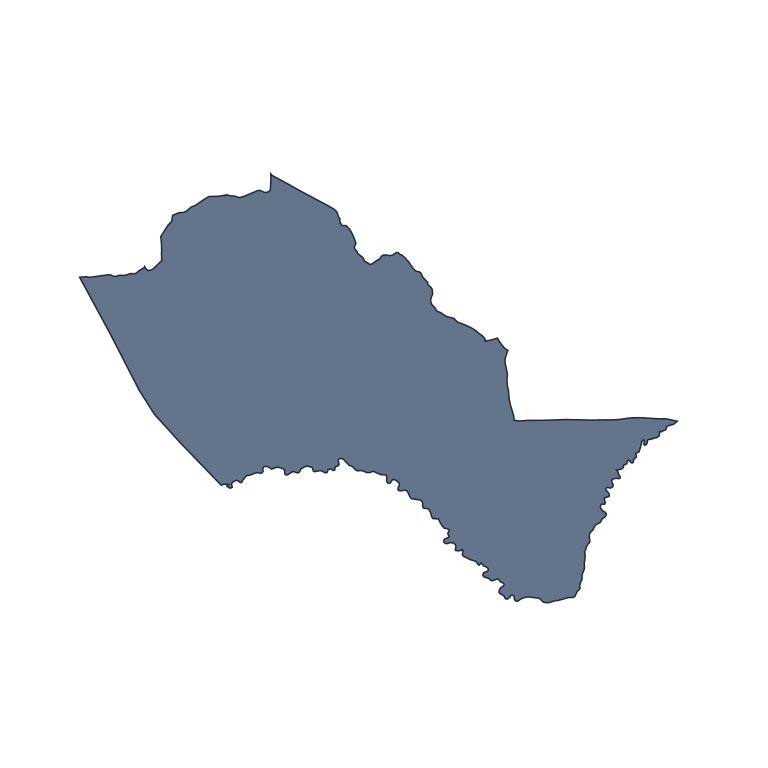 Budjala, Équateur, Democratic Republic of the Congo (Albers equal-area conic projection), rotated 47°
{"feature_id": "63176286B30356596276779", "entity_name": "Budjala", "entity_type": "district", "adm_level": 2, "iso_a3": "COD", "parent_name": "Democratic Republic of the Congo", "parent_adm1": "Équateur", "projection": "albers", "projection_center": [20.221, 2.596], "detail": "fine", "context": "isolated", "style": "filled", "palette": "slate", "viewbox_px": 768, "rotation_deg": 47, "n_neighbors": 0, "source": "geoboundaries", "source_scale": "gbopen_adm2", "svg_char_len": 6133}
<svg xmlns="http://www.w3.org/2000/svg" viewBox="0 0 768 768"><g transform="rotate(47 384 384)"><path d="M201.8,561.7L221.6,567.3L249.8,572.6L261.5,572.7L288.4,573.1L347.1,572.1L347.9,569.5L350.9,566.9L351.5,566.3L351.5,568.4L351.5,568.6L353.4,568.2L354.8,567.9L355.6,567.0L356.1,565.4L353.6,564.0L352.8,563.1L352.6,561.3L353.7,557.8L355.7,556.5L358.1,556.4L358.9,555.2L358.1,553.3L357.3,547.0L359.1,544.6L360.4,541.2L361.8,538.0L363.2,536.3L365.3,535.1L365.8,533.8L365.5,532.0L363.8,531.0L362.8,529.3L362.6,528.0L364.2,526.1L365.8,525.2L369.5,524.3L371.3,520.3L371.6,519.6L373.0,517.9L375.9,516.2L377.4,515.7L378.9,515.2L379.7,515.9L382.2,517.9L383.5,517.8L384.6,516.7L385.9,510.2L389.6,508.2L390.5,507.2L390.7,505.9L389.4,502.6L389.7,501.8L390.5,498.7L390.9,497.4L390.9,497.1L391.8,496.0L394.8,494.2L395.6,493.6L396.8,493.7L399.4,495.1L400.6,494.8L403.7,489.9L404.6,489.1L408.3,487.8L409.7,486.6L409.8,485.6L408.5,483.5L409.1,481.7L410.0,480.7L412.5,480.2L413.4,479.0L411.4,476.1L412.6,473.2L412.2,471.7L408.6,469.5L408.1,468.2L408.6,466.8L410.2,465.5L411.9,465.0L419.7,465.0L422.8,463.4L428.0,463.3L429.3,462.7L431.8,459.7L433.6,458.4L436.0,457.5L437.5,456.6L439.3,454.5L440.3,451.5L448.0,448.3L451.6,444.8L452.4,444.8L453.7,445.2L457.1,448.6L459.0,448.8L459.9,448.3L460.7,446.9L459.7,442.9L462.0,441.1L465.5,440.6L466.8,440.5L468.2,441.5L469.7,444.7L470.8,445.9L472.2,445.8L473.5,444.7L476.1,441.0L477.7,440.1L480.1,440.6L484.9,442.2L486.9,442.0L490.5,439.1L493.7,436.5L495.9,436.4L497.3,436.8L499.7,439.1L501.1,439.8L502.2,439.5L505.1,436.9L507.2,436.9L510.3,437.9L513.9,439.8L516.1,439.9L517.4,438.4L517.6,437.9L518.7,437.5L519.6,436.0L523.0,437.3L527.5,438.3L530.0,438.3L530.4,438.3L533.6,436.1L535.0,435.8L535.7,436.4L536.7,439.3L540.0,440.5L540.3,441.4L538.7,445.3L539.3,447.1L540.5,448.1L542.2,448.0L543.5,447.2L545.2,443.7L548.1,441.4L550.5,441.4L551.7,442.1L554.0,445.1L554.6,445.2L556.9,443.3L558.3,441.0L558.2,439.9L559.7,440.0L562.5,443.3L565.0,443.2L567.7,441.8L570.8,441.0L576.3,437.8L580.8,438.3L581.6,437.6L580.9,435.8L581.3,435.0L585.2,435.2L587.7,433.9L589.7,433.7L590.7,434.1L591.4,435.4L591.5,436.8L590.4,438.2L590.0,439.6L590.7,441.5L591.4,442.2L593.0,442.5L594.5,441.8L597.6,440.0L600.5,439.9L601.8,439.0L603.9,434.1L604.9,433.4L608.0,433.8L609.9,432.8L611.9,432.6L612.8,433.2L613.2,434.1L612.6,438.0L613.4,440.4L614.8,442.0L616.1,442.2L618.8,441.3L619.3,441.2L621.2,440.8L622.5,441.5L624.4,441.5L625.3,440.5L625.4,440.2L625.8,438.0L625.1,435.0L625.7,434.2L627.5,433.5L630.8,435.7L632.8,435.5L633.2,435.5L634.0,434.4L634.1,434.0L634.6,430.9L634.9,429.5L636.5,425.7L638.7,423.2L646.0,417.1L647.2,416.5L652.1,416.3L653.6,415.3L656.2,412.9L659.5,406.1L660.8,404.7L662.1,402.4L665.6,395.3L668.6,391.8L669.7,389.8L668.0,385.5L667.6,384.4L667.4,380.6L666.7,379.5L665.3,378.9L663.3,375.9L662.0,372.4L658.6,369.2L655.7,363.2L651.2,359.3L649.2,356.5L646.0,353.3L643.2,351.5L642.9,349.8L641.5,347.7L639.9,343.2L640.3,341.9L639.1,340.3L636.8,338.9L634.1,336.3L633.2,334.0L633.3,330.6L631.8,327.2L631.5,325.0L632.7,320.0L631.4,316.2L631.9,313.6L631.7,311.6L631.1,310.6L630.4,309.9L628.3,309.7L626.1,310.6L623.7,310.3L621.8,310.0L620.1,307.7L620.4,306.6L622.4,304.6L622.3,303.9L621.0,302.6L618.6,301.7L617.8,300.3L619.3,296.6L619.8,296.3L619.0,295.0L617.3,294.1L612.3,293.9L611.7,292.5L612.1,291.3L612.4,290.7L614.6,289.5L615.2,287.1L614.2,285.0L612.0,284.7L609.6,283.1L609.7,281.2L611.3,278.4L613.2,277.1L613.9,275.7L612.9,274.4L609.8,274.0L608.1,272.9L605.4,272.6L606.6,271.3L608.4,267.5L608.3,265.8L606.8,264.3L607.9,261.0L606.4,258.5L606.5,256.8L609.7,257.0L611.0,256.4L611.3,255.3L609.8,253.3L609.3,251.3L609.7,249.6L608.6,248.3L606.7,247.7L606.4,247.1L607.2,245.3L607.5,243.5L606.1,241.2L601.9,234.3L601.5,233.1L602.0,232.1L603.1,232.3L605.4,235.2L606.5,235.2L607.2,233.5L606.9,232.2L604.8,229.4L604.9,228.5L606.7,226.4L607.5,223.9L609.2,221.3L609.7,218.0L606.6,214.7L608.3,213.7L608.6,211.4L609.6,209.6L609.3,208.3L608.1,206.5L608.5,204.4L610.9,199.9L611.3,194.9L602.7,200.8L600.9,202.3L598.8,204.8L593.3,210.2L583.7,219.2L578.2,225.2L575.3,229.1L570.9,235.4L566.5,240.9L559.9,248.0L553.3,255.4L533.2,276.1L519.2,292.3L508.5,303.8L503.3,310.3L499.3,313.5L496.0,311.0L484.9,305.5L480.6,302.8L473.7,297.5L469.4,294.9L465.3,291.7L460.9,286.9L451.1,281.0L448.2,278.4L446.6,275.6L445.0,272.7L443.9,270.4L441.9,271.1L438.7,271.4L433.7,270.9L430.8,270.5L427.8,269.7L425.0,275.4L423.7,277.6L421.7,280.8L420.9,279.7L417.5,279.2L414.5,279.3L412.6,280.0L407.9,280.4L403.5,281.5L397.4,283.8L396.0,284.5L388.9,288.0L383.6,288.1L378.3,291.6L377.4,292.0L375.0,292.9L370.3,293.9L367.1,295.5L365.4,295.5L364.1,294.9L362.5,294.7L358.5,294.9L356.5,294.0L355.3,293.3L354.2,292.4L353.2,291.0L352.5,289.6L351.9,288.1L351.0,286.7L349.5,285.6L347.5,284.1L344.8,283.7L341.5,284.2L340.4,283.5L339.4,282.8L332.7,282.8L327.7,281.3L326.4,281.5L323.5,283.5L322.1,283.9L317.4,283.7L312.0,282.7L306.4,282.6L301.5,283.0L300.3,283.9L297.3,284.1L296.3,285.2L295.6,289.6L294.2,292.1L290.6,294.8L289.2,296.7L288.8,298.5L289.6,302.6L288.8,304.6L288.0,310.8L287.0,312.8L285.0,313.1L280.4,314.5L277.7,313.2L270.4,314.2L269.1,313.4L265.1,313.3L263.4,312.0L262.0,308.6L258.1,306.8L254.5,305.5L250.6,304.3L248.7,303.8L246.8,303.6L244.9,303.6L242.4,303.6L239.7,306.5L236.2,306.2L232.9,303.5L231.0,303.4L226.2,301.1L222.5,301.2L216.1,303.1L205.7,306.7L182.8,314.5L172.3,317.8L157.5,322.8L154.6,323.6L153.1,323.5L156.3,326.3L160.1,330.1L164.6,334.8L164.7,337.7L162.6,340.6L157.9,342.6L156.6,344.0L151.2,358.6L149.3,362.3L147.0,364.1L145.2,364.7L141.3,368.3L139.0,369.4L137.4,371.4L137.6,371.9L137.0,372.2L134.5,376.2L127.4,384.3L125.9,391.9L124.7,400.3L123.1,404.2L122.8,411.0L121.6,413.9L118.9,417.0L116.5,423.5L117.6,425.1L119.6,427.6L120.3,428.3L120.5,433.5L123.9,446.7L128.1,449.9L130.6,451.9L134.4,455.3L137.8,458.7L142.1,462.3L142.4,474.5L141.5,477.3L140.0,479.3L137.4,479.5L134.9,479.0L135.3,479.8L134.0,486.5L134.0,489.5L132.8,491.8L130.5,493.8L127.9,499.4L123.9,503.5L122.5,506.7L120.5,508.6L118.5,509.1L116.2,511.0L114.2,513.8L105.1,526.7L102.4,528.7L98.3,533.8L158.6,549.5L201.8,561.7Z" fill="#64748b" stroke="#1e293b" stroke-width="1.5"/></g></svg>